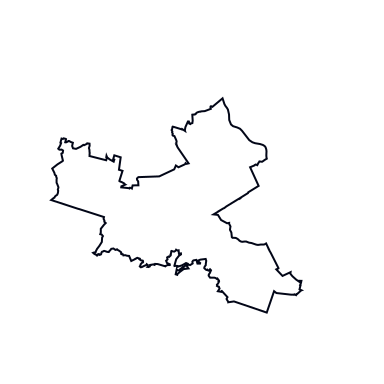 the district of Cenu pag., Ozolnieku, Latvia, rotated 205°
{"feature_id": "27541924B81611305918956", "entity_name": "Cenu pag.", "entity_type": "district", "adm_level": 2, "iso_a3": "LVA", "parent_name": "Latvia", "parent_adm1": "Ozolnieku", "projection": "orthographic", "projection_center": [23.864, 56.687], "detail": "fine", "context": "isolated", "style": "outline", "palette": "ink", "viewbox_px": 384, "rotation_deg": 205, "n_neighbors": 0, "source": "geoboundaries", "source_scale": "gbopen_adm2", "svg_char_len": 6053}
<svg xmlns="http://www.w3.org/2000/svg" viewBox="0 0 384 384"><g transform="rotate(205 192 192)"><path d="M140.8,214.7L140.9,215.5L134.2,225.7L149.8,239.0L146.6,242.5L146.6,242.9L145.8,243.9L144.2,243.9L144.1,246.4L143.8,247.8L143.8,248.2L141.3,249.0L140.4,250.4L139.8,251.6L138.3,253.8L139.3,255.1L140.2,256.8L141.7,260.4L142.7,262.0L144.2,263.6L145.2,264.2L146.6,264.5L147.7,264.6L150.7,264.2L155.4,262.9L158.3,262.6L162.0,263.2L172.5,268.6L175.2,269.6L178.2,269.6L182.6,269.0L185.2,269.7L188.7,273.0L191.2,277.9L194.3,281.9L195.9,283.0L198.2,284.2L199.8,285.4L203.9,289.8L209.5,277.8L211.0,277.8L211.3,277.3L210.8,276.1L210.1,275.3L214.6,270.7L217.9,268.9L218.1,268.5L218.9,268.1L219.8,267.4L221.0,266.2L221.9,264.3L221.7,264.1L222.1,263.5L222.9,263.0L223.7,262.7L224.4,262.2L221.5,256.9L220.8,254.6L222.2,253.4L222.2,252.9L223.3,252.8L223.8,253.1L223.8,253.8L224.7,254.6L225.5,254.2L225.4,248.0L224.6,245.0L224.1,244.4L227.6,244.9L227.6,244.4L228.0,244.4L235.3,243.4L237.1,243.1L237.2,242.8L236.5,240.2L236.7,239.7L236.5,239.3L235.4,238.6L235.3,238.2L235.3,237.7L235.1,237.5L234.0,236.6L234.0,235.9L233.7,235.3L233.0,235.0L232.2,235.2L231.5,235.2L228.5,232.6L227.4,231.5L227.1,230.7L227.2,230.3L226.2,228.6L225.4,227.8L225.6,227.8L223.8,226.3L207.2,216.5L209.0,215.1L209.3,215.0L210.0,215.3L210.0,214.5L210.3,213.9L214.7,208.7L217.8,209.2L217.7,205.0L228.3,192.3L246.9,182.8L247.6,181.0L247.0,179.9L245.3,178.9L243.4,175.4L248.6,172.9L248.0,169.8L248.9,170.0L250.2,169.5L250.2,168.8L250.8,168.8L258.1,166.3L258.4,167.3L255.7,170.4L256.0,170.4L256.5,170.9L257.1,171.1L260.1,171.3L261.4,171.1L262.5,171.3L263.9,181.8L267.6,181.3L271.3,193.3L277.9,192.4L277.3,188.5L276.1,188.5L275.8,186.4L280.2,186.7L283.5,187.5L284.8,188.7L284.4,187.2L283.5,186.6L283.2,184.5L300.1,181.3L300.3,181.9L300.9,183.1L301.2,184.2L301.7,184.8L302.8,186.9L304.0,188.3L304.3,190.6L305.3,192.5L307.3,191.9L307.2,191.7L309.6,188.8L310.4,188.8L312.1,185.9L315.3,182.1L318.3,181.3L320.1,183.1L320.8,186.3L323.1,186.1L324.8,186.3L325.6,186.0L325.8,185.3L327.2,183.7L327.9,183.5L328.5,186.7L328.7,186.8L331.0,186.4L331.4,185.5L332.8,185.3L332.1,181.1L331.3,181.0L331.1,178.3L331.5,174.7L330.1,174.3L328.1,175.3L326.4,175.1L325.7,172.9L326.6,171.6L326.0,170.6L322.2,165.8L322.4,165.2L325.6,160.2L328.6,154.2L324.8,151.2L323.6,149.7L322.0,149.3L321.6,148.5L320.4,147.4L319.9,145.8L318.6,143.1L317.8,142.5L315.1,139.9L314.9,139.4L314.6,137.4L313.8,136.6L313.1,134.3L313.0,132.5L313.9,131.0L314.3,129.9L314.3,128.7L314.9,128.0L316.2,125.2L288.3,128.6L286.6,128.9L261.2,132.1L260.8,130.3L259.3,129.1L258.9,128.0L257.1,127.4L257.9,125.2L259.1,120.1L257.6,116.9L257.3,115.0L256.0,115.3L254.1,114.4L254.2,112.7L252.6,108.6L253.2,103.9L254.0,100.3L254.1,98.0L253.9,96.6L255.2,95.8L255.9,95.1L254.2,94.6L252.1,94.6L251.4,94.2L251.0,94.4L251.0,95.6L250.8,96.0L250.2,96.4L249.8,95.9L249.2,95.9L248.2,96.9L248.1,97.5L248.4,98.5L248.4,99.3L248.3,99.8L247.5,100.5L247.0,101.3L246.4,101.6L243.5,101.9L242.1,102.4L241.9,102.8L242.0,103.3L241.4,104.9L241.3,105.6L241.1,106.4L239.3,107.6L237.3,107.2L236.6,107.3L236.2,108.0L235.6,108.4L235.0,108.1L233.5,108.0L231.0,107.5L230.6,107.3L230.3,106.4L230.0,105.9L229.5,105.9L228.6,106.4L228.4,106.3L227.9,105.3L228.1,105.1L225.9,106.5L223.8,106.8L222.0,107.5L217.9,103.8L215.0,107.4L215.1,107.5L213.8,109.2L211.2,109.5L211.2,108.8L209.2,108.5L207.7,109.0L207.4,108.9L206.7,107.9L206.7,107.5L207.4,106.8L208.0,104.8L207.7,103.6L207.9,102.6L206.8,102.1L205.9,102.6L204.3,104.6L202.5,106.7L202.5,107.4L201.1,107.0L200.6,105.8L200.7,105.3L199.7,105.6L198.8,106.7L198.9,107.8L199.1,108.0L198.6,108.3L198.7,108.5L196.2,110.2L195.9,110.0L195.1,110.1L195.1,111.2L192.6,112.2L185.2,113.3L185.3,113.5L184.5,113.9L183.5,115.3L181.3,116.4L181.6,117.1L184.7,117.1L185.8,118.2L186.4,118.7L185.7,120.6L186.9,122.2L186.0,123.6L185.3,123.5L184.5,125.5L185.0,126.1L184.8,126.5L185.1,127.0L185.2,128.0L185.8,129.6L185.5,130.0L184.2,130.1L182.9,130.5L182.3,131.4L182.0,132.3L182.0,133.0L180.4,132.8L179.5,133.5L177.8,130.6L176.1,131.7L175.6,130.8L176.9,128.7L177.9,124.4L176.8,117.7L176.6,117.5L175.6,118.2L174.0,118.8L173.7,117.9L170.1,121.3L169.0,122.8L167.4,125.1L165.8,125.2L166.0,123.1L166.5,123.4L168.1,119.8L168.5,120.1L170.2,116.9L170.6,115.6L171.9,114.9L173.2,115.5L172.0,110.5L170.4,110.7L170.5,111.2L170.4,111.8L169.2,114.5L167.0,118.6L162.9,121.2L164.8,122.3L165.2,124.6L162.8,125.0L161.2,127.5L162.2,128.9L162.1,129.8L161.8,130.6L159.4,132.3L158.9,131.9L156.8,129.4L154.5,130.5L154.6,131.1L157.1,131.8L157.4,132.5L155.9,134.2L151.3,137.1L150.0,135.6L149.1,132.6L148.6,131.5L149.0,129.7L148.8,128.3L148.6,128.1L146.6,127.5L145.9,127.5L145.3,128.1L144.9,127.7L143.6,127.8L143.0,129.6L141.7,129.1L141.6,125.9L141.8,125.2L141.8,123.7L141.4,123.1L139.4,122.0L135.5,123.8L134.4,124.0L133.1,123.8L132.5,124.4L131.8,124.0L131.9,123.7L131.2,123.7L130.1,123.1L129.8,122.6L130.2,122.1L129.6,121.4L129.8,119.8L130.2,118.6L129.8,118.3L129.7,117.4L128.6,117.3L127.6,117.5L126.2,116.1L126.6,113.0L123.2,113.9L123.3,114.8L123.2,114.9L115.4,111.7L115.5,109.7L114.9,109.2L112.6,107.7L112.5,107.4L107.8,110.5L107.3,110.6L73.3,114.3L75.7,136.8L72.8,136.1L58.6,140.9L57.0,141.7L56.2,141.9L56.0,142.5L54.1,142.5L54.1,143.5L53.8,143.5L51.5,148.9L51.2,149.2L53.4,149.2L54.0,152.1L54.2,153.3L54.7,153.3L54.8,155.6L55.3,157.7L57.6,156.7L56.9,156.0L60.5,156.6L65.4,158.1L68.1,159.4L68.4,159.6L68.8,161.0L74.5,154.2L82.9,157.5L81.4,159.3L81.4,159.5L95.0,170.2L96.9,171.5L97.1,171.7L98.3,172.6L99.3,173.5L99.2,173.5L103.1,176.7L104.1,175.2L104.8,174.7L107.4,173.5L109.2,172.3L110.5,171.7L111.8,171.4L116.5,170.9L118.9,170.2L121.9,170.0L123.3,169.4L125.4,168.1L126.6,167.8L128.3,167.9L130.2,168.6L132.3,168.9L133.5,168.7L135.9,167.6L136.8,167.9L139.2,171.9L141.4,173.6L141.7,174.0L142.0,175.0L142.6,177.1L144.7,178.7L145.1,179.2L145.3,179.7L147.0,178.5L153.8,178.9L158.8,182.2L163.0,180.8L160.1,185.1L159.2,186.5L159.3,186.5L156.5,190.6L156.0,191.0L154.8,193.4L146.6,205.8L146.2,206.0L146.1,205.9L145.5,206.7L145.8,207.0L140.8,214.7Z" fill="none" stroke="#020617" stroke-width="2"/></g></svg>